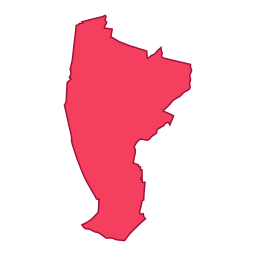 Binh Tan, Hồ Chí Minh city, Vietnam, rotated 180°
{"feature_id": "81297802B42527210401893", "entity_name": "Binh Tan", "entity_type": "district", "adm_level": 2, "iso_a3": "VNM", "parent_name": "Vietnam", "parent_adm1": "Hồ Chí Minh city", "projection": "albers", "projection_center": [106.592, 10.769], "detail": "fine", "context": "isolated", "style": "filled", "palette": "rose", "viewbox_px": 256, "rotation_deg": 180, "n_neighbors": 0, "source": "geoboundaries", "source_scale": "gbopen_adm2", "svg_char_len": 3582}
<svg xmlns="http://www.w3.org/2000/svg" viewBox="0 0 256 256"><g transform="rotate(180 128 128)"><path d="M150.7,240.6L153.7,239.3L164.8,236.6L174.0,234.2L173.3,233.0L173.2,232.9L174.0,232.7L175.3,232.7L176.5,232.5L177.5,231.6L178.6,230.7L179.8,230.6L179.9,229.2L180.5,223.2L181.1,218.5L182.0,210.9L182.2,209.5L182.8,203.5L183.7,195.9L183.9,194.8L184.9,190.7L185.4,188.4L185.7,187.6L185.9,187.1L185.8,186.3L185.3,186.3L185.1,182.4L185.2,181.7L185.5,180.6L185.9,180.2L186.5,178.7L186.7,178.3L184.5,177.3L187.3,174.9L188.6,173.9L188.8,173.4L188.9,172.2L189.0,170.2L189.3,165.0L189.6,159.0L189.8,155.4L189.9,154.5L189.9,154.1L190.0,153.9L190.1,153.7L191.1,151.7L191.5,151.0L191.6,150.8L191.6,150.6L191.5,150.1L191.3,149.6L190.3,145.5L189.8,143.2L189.4,141.3L187.3,131.6L186.4,127.9L184.7,120.7L184.5,119.2L184.4,114.6L183.8,112.2L183.3,110.4L182.8,109.0L181.8,106.0L179.3,98.5L178.8,96.9L176.7,91.6L176.6,91.3L175.3,87.9L173.5,83.2L171.0,77.8L169.6,74.9L162.5,62.4L161.5,60.9L159.5,57.0L156.8,56.7L157.2,55.2L157.2,52.3L157.5,47.0L157.9,43.8L158.1,43.3L162.3,38.9L165.2,36.2L168.6,33.9L174.1,31.1L172.7,29.2L170.8,27.4L169.5,27.2L167.0,26.9L165.8,26.5L163.2,25.2L161.1,24.1L159.6,23.9L157.7,23.4L156.2,22.6L153.9,20.9L150.2,18.2L149.8,17.9L147.0,18.0L144.4,18.0L142.7,17.5L139.5,16.3L138.9,16.2L131.4,15.4L130.7,16.5L128.0,20.0L125.4,23.2L122.5,26.1L119.4,29.1L115.9,32.5L110.5,37.3L111.8,38.4L112.4,40.4L112.8,42.3L114.9,41.7L116.5,43.5L113.7,55.6L112.3,56.0L112.1,60.6L112.1,61.2L112.0,62.7L112.0,62.9L111.9,63.9L111.8,64.1L111.8,64.3L111.4,68.5L111.2,72.6L111.0,73.7L112.3,73.7L113.8,73.7L113.7,76.6L115.3,76.7L115.2,78.4L113.9,78.4L114.0,86.1L115.1,86.2L115.4,86.3L115.6,86.5L115.6,86.9L115.5,89.1L115.9,89.2L117.6,89.4L117.5,91.2L118.2,91.4L119.3,91.8L122.8,93.0L120.7,103.7L120.7,106.3L120.9,107.1L121.3,107.8L122.0,108.6L121.7,109.6L121.3,110.3L119.3,113.6L117.1,116.0L116.4,116.4L115.6,116.6L114.1,116.8L112.4,116.5L110.2,116.0L109.7,115.8L109.3,115.8L108.9,115.9L108.5,115.9L108.0,116.1L107.4,116.4L106.8,116.8L106.1,117.4L104.7,119.1L103.6,120.1L101.9,121.2L100.1,122.4L99.6,123.1L99.4,123.6L99.3,124.0L99.2,124.8L99.1,125.3L99.1,125.8L98.9,126.1L98.5,126.6L97.5,127.4L96.6,128.2L96.2,127.9L95.5,128.7L94.2,129.3L93.2,129.7L91.7,131.1L90.5,132.9L89.4,133.2L87.6,133.6L86.1,131.1L83.1,138.4L82.4,140.2L85.0,141.5L88.7,143.2L91.8,144.5L93.1,145.1L92.6,145.8L90.9,147.1L88.2,149.6L85.8,152.1L83.8,154.7L82.2,156.1L79.2,158.0L76.5,159.4L75.6,160.1L74.1,161.7L72.3,163.5L70.2,164.8L67.6,166.1L66.7,166.9L66.3,167.8L65.9,169.1L66.0,170.2L66.4,172.3L66.4,173.1L65.7,175.0L65.5,176.5L65.6,177.7L66.2,179.6L66.3,180.4L66.1,181.2L65.3,182.9L64.6,184.8L64.4,185.7L64.6,186.5L65.5,188.7L65.6,190.2L65.4,191.6L65.7,191.7L66.5,191.8L82.3,195.5L84.6,196.0L86.1,196.4L90.7,197.5L91.6,197.7L92.5,197.9L93.1,198.2L94.0,198.7L94.3,199.6L94.3,200.6L94.3,200.9L94.2,201.4L94.1,201.6L93.9,202.0L93.8,202.4L93.8,202.7L93.9,203.2L94.5,205.0L94.7,205.6L94.8,206.2L94.9,206.9L94.9,207.8L95.0,208.5L98.9,204.9L100.4,203.0L101.2,202.2L101.8,201.7L102.4,201.4L103.2,201.2L103.7,201.0L104.4,200.6L105.0,200.2L105.6,199.7L106.6,198.9L107.8,198.1L108.3,198.0L108.8,198.0L108.9,199.6L109.0,201.5L109.2,204.1L109.3,205.0L114.0,206.4L123.6,209.4L125.4,209.9L128.3,211.0L134.6,213.5L137.3,214.6L138.0,215.0L139.5,215.9L140.9,216.8L142.8,217.9L143.7,218.4L144.4,218.6L145.2,218.8L143.8,226.9L150.4,227.8L151.6,227.9L151.1,230.0L150.8,230.9L149.6,232.6L149.4,233.4L149.5,234.0L150.3,235.0L150.9,236.0L150.8,236.9L150.2,238.5L150.0,239.5L150.7,240.6Z" fill="#f43f5e" stroke="#9f1239" stroke-width="1.5"/></g></svg>